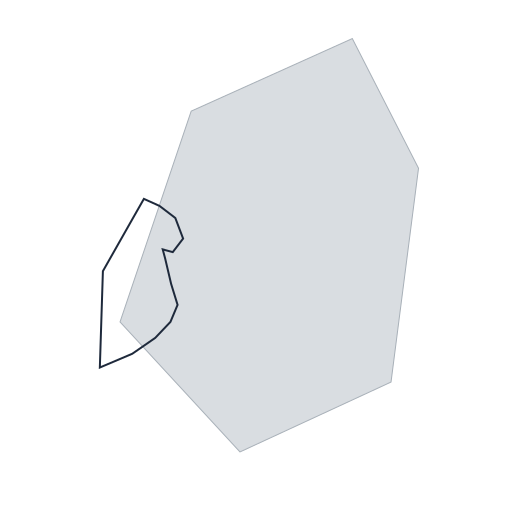 Acquaviva on a map of San Marino (Mercator projection), rotated 345°
{"feature_id": "SMR-4885", "entity_name": "Acquaviva", "entity_type": "state/province", "adm_level": 1, "iso_a3": "SMR", "parent_name": "San Marino", "parent_adm1": "", "projection": "mercator", "projection_center": [12.411, 43.944], "detail": "fine", "context": "in_parent", "style": "outline", "palette": "slate", "viewbox_px": 512, "rotation_deg": 345, "n_neighbors": 0, "source": "natural_earth", "source_scale": "10m", "svg_char_len": 500}
<svg xmlns="http://www.w3.org/2000/svg" viewBox="0 0 512 512"><g transform="rotate(345 256 256)"><path d="M353.8,412.7L189.8,441.1L107.6,284.5L230.9,99.3L405.3,70.9L435.7,213.3L353.8,412.7Z" fill="#d9dde1" stroke="#a8b0b8" stroke-width="1"/><path d="M76.3,323.3L104.2,231.0L147.1,187.4L162.5,171.8L175.8,182.7L187.9,198.4L190.1,220.3L176.6,230.7L167.6,225.5L167.6,234.9L166.8,261.0L167.6,282.9L156.3,297.5L137.5,309.0L111.2,318.4L76.3,323.3Z" fill="none" stroke="#1e293b" stroke-width="2"/></g></svg>